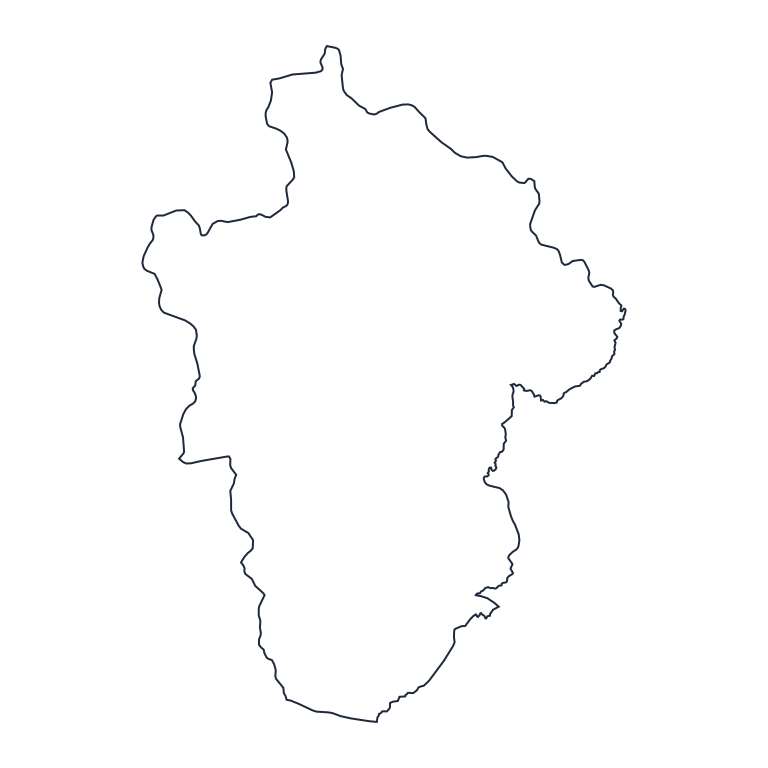 Oesilo, Ambeno, East Timor
{"feature_id": "22284137B5780280326887", "entity_name": "Oesilo", "entity_type": "district", "adm_level": 2, "iso_a3": "TLS", "parent_name": "East Timor", "parent_adm1": "Ambeno", "projection": "mercator", "projection_center": [124.373, -9.357], "detail": "fine", "context": "isolated", "style": "outline", "palette": "slate", "viewbox_px": 768, "rotation_deg": 0, "n_neighbors": 0, "source": "geoboundaries", "source_scale": "gbopen_adm2", "svg_char_len": 6101}
<svg xmlns="http://www.w3.org/2000/svg" viewBox="0 0 768 768"><path d="M286.6,699.8L290.5,700.5L298.6,703.8L312.6,710.4L316.4,711.6L328.4,712.4L332.5,713.1L340.5,716.1L350.9,718.4L369.2,721.2L376.8,721.9L377.4,717.6L378.8,715.4L378.9,714.0L380.7,713.2L382.4,711.3L386.8,711.4L389.2,708.9L389.9,707.4L390.1,702.9L392.9,701.7L397.8,701.0L399.5,696.8L405.2,696.4L405.6,694.9L406.9,694.2L407.9,692.8L413.2,693.1L417.0,690.2L418.4,687.5L421.8,686.1L423.6,685.9L429.0,680.8L443.8,660.9L453.0,646.1L454.6,642.3L454.0,637.2L454.1,632.3L454.4,629.8L455.2,628.9L461.5,626.2L465.2,626.0L470.2,619.2L473.4,616.0L475.8,614.4L476.5,615.0L476.9,616.3L478.0,616.9L479.5,615.2L480.4,613.3L481.1,613.1L482.3,614.6L484.4,615.9L485.4,618.3L486.2,618.4L487.4,616.3L490.0,615.7L490.1,614.0L493.1,609.7L498.7,606.7L494.4,602.9L487.3,598.2L480.8,596.1L475.9,595.2L476.8,593.7L480.1,593.1L480.9,591.6L483.3,590.4L485.2,588.1L488.1,587.1L490.4,588.1L492.7,588.0L495.3,588.6L496.3,588.2L499.0,585.7L501.5,585.4L501.8,583.7L502.5,583.0L506.3,582.3L507.0,581.0L507.3,577.9L509.0,576.1L512.2,574.2L513.0,573.0L510.5,568.6L512.5,564.1L508.4,558.3L508.3,557.2L509.3,555.1L512.6,552.0L516.3,549.5L517.6,548.1L518.5,546.0L519.4,540.1L518.7,534.3L514.9,524.5L512.8,520.8L510.9,516.1L508.3,506.9L508.6,502.1L506.2,494.8L503.0,490.4L499.6,488.1L489.6,485.7L486.4,484.2L484.6,481.8L483.8,478.8L483.8,477.9L484.8,476.4L487.0,476.5L488.6,475.4L488.5,473.8L487.7,473.1L488.9,471.4L488.6,469.9L489.5,467.7L491.1,467.6L491.5,469.7L492.8,470.9L494.0,470.7L495.7,469.3L496.4,467.3L495.3,465.8L495.7,464.1L494.6,462.7L496.0,460.8L495.4,459.5L495.6,458.7L498.1,456.8L498.4,454.8L500.1,452.1L502.2,451.6L503.6,449.6L503.8,443.7L506.1,440.6L505.3,437.5L505.8,433.9L505.0,429.0L504.3,427.7L502.2,425.8L502.1,424.0L504.8,422.2L511.7,416.1L511.9,409.9L513.8,407.4L512.9,404.6L513.2,402.5L512.4,396.8L512.7,393.8L513.5,392.2L513.5,390.2L513.0,387.4L512.3,386.8L512.1,385.9L511.0,385.0L514.0,383.9L516.5,386.0L519.0,384.7L520.6,384.9L524.2,388.9L523.8,390.1L524.2,390.6L527.0,390.9L530.2,390.2L531.6,390.9L533.8,394.3L534.4,396.6L538.8,395.3L540.1,395.6L540.7,396.8L541.0,400.5L543.0,400.0L544.5,401.7L546.3,401.2L549.0,402.8L554.1,403.1L556.7,402.6L557.2,400.7L558.0,400.0L561.3,398.3L562.4,397.1L563.4,395.8L563.7,393.5L564.3,392.9L566.0,392.2L569.8,389.1L574.9,386.5L579.9,385.8L580.7,384.2L583.9,381.7L586.0,381.5L588.2,380.5L590.4,378.6L592.2,375.7L594.1,376.0L595.4,373.3L597.0,373.2L598.0,372.2L599.6,372.0L599.8,370.4L600.6,369.4L604.2,368.0L605.4,366.8L606.4,364.6L609.9,362.3L610.0,361.0L611.5,358.7L612.0,356.3L614.4,354.1L614.1,351.6L615.0,349.9L614.5,347.0L615.6,342.9L614.4,340.4L616.8,338.2L617.3,336.8L614.5,333.3L614.1,330.8L615.3,329.7L619.3,328.0L620.9,325.8L621.2,323.7L619.3,320.8L620.0,319.6L622.7,319.6L623.5,318.9L623.6,316.6L624.5,315.0L625.6,310.6L625.2,309.1L623.9,308.6L622.0,311.3L620.7,311.0L620.7,308.1L621.4,305.5L618.8,303.1L615.7,298.5L613.5,296.7L612.9,294.7L613.2,292.3L612.9,290.4L611.1,288.6L603.9,285.3L600.7,284.8L594.3,286.9L592.6,286.5L588.8,280.6L588.3,278.1L589.3,272.6L588.6,270.1L584.3,261.7L582.8,260.2L580.5,259.9L572.7,261.0L568.7,263.9L565.9,264.8L564.1,264.7L561.8,262.4L560.0,254.7L558.4,250.6L556.8,249.0L553.3,247.6L541.2,244.6L538.9,242.5L535.9,235.3L531.9,231.6L530.9,230.2L530.2,226.8L530.1,224.1L534.0,213.0L535.1,210.1L539.2,203.7L539.5,201.2L538.8,193.7L535.6,189.3L534.8,187.3L534.3,181.1L530.8,178.9L528.4,178.7L525.5,182.2L524.2,183.1L519.2,182.5L517.1,181.4L511.8,176.4L505.7,168.6L502.4,162.3L492.7,156.9L486.7,155.9L482.9,155.9L476.4,157.1L467.0,157.6L460.7,156.2L454.9,152.8L450.9,148.9L441.5,142.3L429.9,131.9L427.7,129.3L426.6,125.6L425.4,118.1L419.4,112.3L414.8,107.1L412.1,105.4L408.2,104.4L402.5,104.6L390.3,107.8L378.9,112.0L376.9,113.6L374.4,114.5L370.0,113.7L367.3,112.5L365.3,109.0L359.0,105.6L351.6,98.4L346.8,95.1L344.5,91.9L343.5,90.3L342.9,87.5L341.6,75.1L343.0,68.9L341.2,64.1L340.6,55.7L338.9,49.8L337.4,48.6L335.0,47.7L326.8,46.1L325.2,49.1L324.7,53.6L320.8,59.7L320.4,62.4L322.6,67.7L322.5,69.5L321.0,71.2L315.6,72.7L292.4,74.5L279.4,78.4L272.1,79.7L270.4,82.9L272.1,92.4L270.9,100.5L268.2,107.5L266.6,109.7L265.7,112.6L265.6,116.1L267.1,123.8L269.0,126.2L276.4,128.7L280.6,130.8L284.2,133.6L286.7,137.2L287.5,139.7L287.5,142.6L285.9,149.5L291.2,162.4L293.8,171.1L294.2,177.3L292.7,179.7L286.7,186.2L286.3,188.2L286.4,191.1L287.9,200.3L288.0,202.7L287.3,204.8L286.1,206.0L282.7,207.7L280.6,210.0L270.2,217.4L265.4,216.8L261.5,214.7L259.2,214.2L257.7,214.7L256.3,216.2L250.4,216.9L240.1,219.8L227.6,222.1L221.0,220.8L217.9,221.0L212.7,223.8L207.8,232.6L206.4,234.4L204.8,235.3L201.6,235.3L200.8,233.9L199.9,228.6L198.9,225.6L195.1,221.5L190.9,215.6L188.1,212.7L184.5,210.2L176.3,210.5L163.6,215.5L157.2,215.5L155.9,216.4L153.6,219.8L151.6,226.8L151.4,229.9L153.4,235.1L153.4,237.8L152.8,240.0L150.3,243.0L147.8,247.1L143.7,256.1L142.4,262.4L143.0,266.0L144.4,268.9L146.8,270.7L154.6,273.9L157.6,279.6L160.9,287.8L161.6,290.0L159.3,298.0L159.0,302.7L159.5,306.1L161.1,309.6L163.8,312.6L185.1,320.4L190.3,323.6L193.7,326.6L196.0,329.8L196.8,335.8L196.5,338.3L193.8,346.2L193.8,349.0L194.3,353.9L197.4,363.8L199.8,376.2L199.1,378.5L195.8,381.1L195.2,385.6L192.7,388.3L193.0,390.3L194.6,392.7L195.9,396.1L196.0,398.5L195.3,401.2L193.2,403.5L189.5,405.6L185.9,409.3L183.3,414.2L180.1,424.2L180.2,426.8L183.0,437.3L184.1,451.7L183.4,453.5L179.1,458.7L183.1,462.1L186.2,463.5L191.0,463.3L201.1,461.0L226.6,456.6L229.0,456.4L230.4,458.9L230.2,465.4L231.1,468.1L236.2,474.8L234.6,478.8L233.9,483.4L230.3,490.9L231.1,500.0L231.1,510.1L232.0,513.2L238.7,525.8L241.0,528.7L248.3,533.0L253.1,540.2L252.7,548.4L250.5,551.0L247.8,553.0L244.6,556.7L241.0,562.4L243.3,565.4L244.5,568.2L244.4,571.7L245.3,573.9L251.9,579.0L255.2,585.8L263.3,593.2L264.6,595.1L259.2,606.3L258.7,609.4L258.8,615.5L260.4,621.0L259.9,627.3L260.9,633.3L260.4,636.0L259.0,639.4L259.0,644.7L260.8,647.2L263.7,649.7L264.4,653.2L266.8,657.8L268.7,659.0L271.8,660.0L274.1,664.1L275.8,670.2L275.3,676.2L276.1,678.9L283.4,687.9L283.8,693.0L285.5,695.9L286.6,699.8Z" fill="none" stroke="#1e293b" stroke-width="2"/></svg>